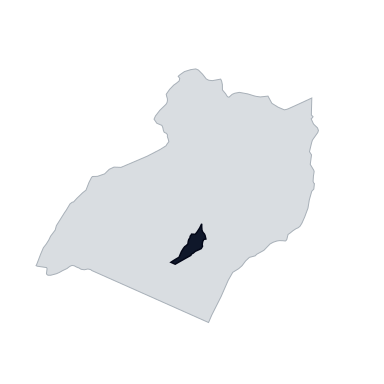 Uganda, with Mukono highlighted, rotated 24°
{"feature_id": "UGA-3075", "entity_name": "Mukono", "entity_type": "District", "adm_level": 1, "iso_a3": "UGA", "parent_name": "Uganda", "parent_adm1": "", "projection": "robinson", "projection_center": [32.781, 0.341], "detail": "fine", "context": "in_parent", "style": "filled", "palette": "ink", "viewbox_px": 384, "rotation_deg": 24, "n_neighbors": 0, "source": "natural_earth", "source_scale": "10m", "svg_char_len": 2774}
<svg xmlns="http://www.w3.org/2000/svg" viewBox="0 0 384 384"><g transform="rotate(24 192 192)"><path d="M260.2,304.5L255.7,304.5L248.2,304.5L240.8,304.5L233.4,304.5L226.0,304.5L218.5,304.5L211.1,304.5L203.7,304.5L196.3,304.5L188.8,304.5L181.4,304.5L174.0,304.5L166.6,304.5L159.1,304.5L151.7,304.5L144.3,304.5L136.9,304.5L132.5,304.5L131.6,304.3L131.0,304.1L128.2,304.7L125.3,306.8L122.2,307.7L118.9,307.3L118.5,307.5L116.8,307.5L114.4,307.3L112.2,307.9L110.6,309.7L108.9,312.8L105.8,316.4L103.5,319.5L101.4,321.8L96.8,325.5L94.3,326.6L93.0,326.4L92.2,325.7L90.8,321.0L89.9,320.2L80.9,322.7L79.5,322.7L79.6,321.2L79.0,310.1L78.9,303.3L80.0,299.0L80.7,294.1L80.8,289.8L82.5,282.4L81.8,277.9L84.0,262.4L84.5,259.9L85.4,252.4L86.7,250.1L87.9,249.2L89.4,244.6L92.4,237.2L94.4,233.4L94.0,225.2L94.3,219.5L94.8,218.3L99.2,216.2L104.8,211.0L107.2,204.9L110.6,201.0L117.1,198.4L136.6,177.4L145.6,166.1L149.5,160.3L149.7,158.3L150.4,155.5L148.8,153.4L147.0,151.5L146.3,149.7L144.7,148.8L142.4,148.8L140.9,147.5L139.1,145.0L137.4,143.4L131.9,143.5L127.7,140.9L127.7,137.4L129.4,130.4L132.6,122.4L132.8,120.2L132.3,118.3L131.5,116.7L130.1,115.1L128.7,113.2L129.8,107.4L131.8,101.8L133.5,99.0L135.1,95.8L134.6,93.2L132.3,91.9L133.5,89.4L136.1,85.1L141.0,80.8L145.4,78.0L148.3,78.0L153.9,80.2L159.0,82.9L161.8,83.1L165.3,82.0L172.3,77.2L174.0,78.7L176.1,81.6L178.3,86.4L182.8,88.6L184.9,90.1L186.4,90.6L187.3,90.2L189.0,86.4L191.0,84.3L194.8,81.7L203.1,79.7L209.0,79.0L211.5,78.6L215.7,77.4L222.4,73.5L228.9,78.5L236.0,79.5L242.9,79.4L245.0,77.9L246.2,76.7L253.5,68.5L263.2,57.4L269.7,73.1L272.0,74.0L271.7,75.4L271.1,76.7L275.4,80.5L280.6,82.4L282.5,84.4L282.7,86.5L280.9,95.6L281.2,98.2L282.9,107.4L286.1,109.5L288.8,118.7L294.4,122.6L295.3,123.7L296.5,128.2L298.3,133.1L299.6,134.3L300.4,134.5L302.1,139.8L301.1,142.7L302.4,151.6L304.5,159.5L305.1,169.0L305.1,173.1L305.1,175.7L304.6,179.3L303.6,181.4L301.8,183.4L299.8,186.6L298.1,190.0L297.0,191.7L297.9,196.8L297.6,198.2L297.2,198.8L294.6,199.6L291.4,201.0L289.4,202.3L286.6,204.9L284.4,207.8L281.4,216.0L276.5,222.5L275.7,224.6L271.0,228.4L269.0,233.2L267.7,239.0L265.8,243.1L261.9,248.8L261.0,257.9L261.1,275.9L260.1,296.4L260.2,304.5Z" fill="#d9dde1" stroke="#a8b0b8" stroke-width="1"/><path d="M213.8,217.1L215.1,220.0L216.6,222.8L218.2,224.3L220.5,225.4L221.7,226.5L223.8,229.3L222.0,230.6L221.9,232.9L222.6,235.6L223.7,237.4L223.4,240.0L221.5,242.2L219.1,244.9L218.0,247.3L216.8,248.8L216.7,250.4L213.0,255.3L206.0,264.8L201.3,264.8L202.5,262.9L204.4,260.1L206.7,256.9L206.6,250.7L207.1,246.9L207.6,244.9L208.5,243.4L209.4,241.2L208.6,238.4L208.4,236.9L208.6,235.3L208.8,234.2L208.3,233.2L208.7,232.0L208.7,230.7L212.2,229.3L213.0,226.1L213.7,221.5L213.8,217.1Z" fill="#0f172a" stroke="#020617" stroke-width="1.5"/></g></svg>